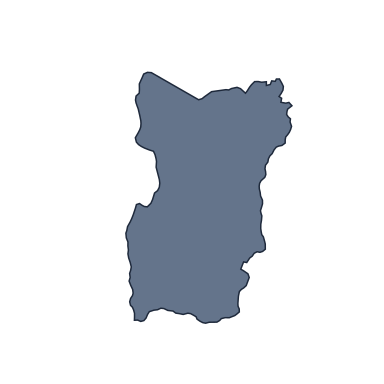 Colina, São Paulo, Brazil, rotated 297°
{"feature_id": "56859067B82565562664373", "entity_name": "Colina", "entity_type": "district", "adm_level": 2, "iso_a3": "BRA", "parent_name": "Brazil", "parent_adm1": "São Paulo", "projection": "orthographic", "projection_center": [-48.594, -20.735], "detail": "fine", "context": "isolated", "style": "filled", "palette": "slate", "viewbox_px": 384, "rotation_deg": 297, "n_neighbors": 0, "source": "geoboundaries", "source_scale": "gbopen_adm2", "svg_char_len": 2634}
<svg xmlns="http://www.w3.org/2000/svg" viewBox="0 0 384 384"><g transform="rotate(297 192 192)"><path d="M51.6,198.9L53.2,201.7L53.4,205.1L55.6,207.5L58.8,208.3L62.7,208.0L66.0,208.3L69.4,211.7L71.5,214.8L74.3,217.0L75.4,219.9L75.5,224.2L77.3,229.1L76.7,232.5L77.9,236.0L78.9,239.7L82.1,243.3L83.0,246.0L82.9,249.3L82.7,252.3L81.0,254.2L80.5,257.9L80.5,261.0L81.3,263.7L83.8,266.5L86.0,270.7L87.4,273.3L90.1,275.0L92.5,275.6L95.1,278.6L96.9,282.3L99.3,284.4L101.3,286.2L103.5,287.3L106.6,288.6L109.2,287.2L111.1,284.9L113.5,283.5L117.3,281.9L120.4,280.6L124.8,279.4L127.6,280.2L130.0,281.6L133.2,282.8L137.5,282.3L141.8,281.8L144.5,279.0L145.2,273.8L145.4,270.5L153.1,269.7L154.0,272.8L159.4,273.4L162.2,274.8L165.6,275.2L168.3,277.1L169.1,279.9L171.1,281.9L174.3,283.3L178.9,280.9L181.0,279.1L184.4,276.0L185.7,273.5L188.0,271.7L190.7,269.8L194.6,267.9L198.2,266.8L202.4,265.1L204.3,263.2L206.4,261.5L210.4,260.8L213.5,260.2L216.7,258.5L219.6,254.9L222.6,252.9L225.3,250.6L227.7,249.2L230.4,248.3L233.4,248.4L238.1,250.2L241.0,249.9L243.6,248.3L245.8,246.5L249.2,245.3L253.1,246.0L256.4,245.0L259.6,245.0L262.5,246.0L266.8,246.0L270.2,246.7L272.2,248.3L274.3,251.0L277.9,252.8L280.9,251.3L283.6,250.5L286.5,251.2L289.4,251.6L292.3,251.5L295.7,250.9L298.9,247.6L301.9,246.5L302.6,243.6L304.1,241.1L306.8,240.1L309.3,239.6L314.2,241.9L315.8,237.7L313.7,235.2L312.3,230.5L316.2,229.3L316.6,226.2L320.2,226.7L324.1,226.8L327.5,225.5L329.6,222.8L332.4,218.6L331.0,215.9L328.4,215.9L327.2,212.6L323.3,212.9L320.7,209.9L324.0,208.2L321.4,204.2L320.5,200.9L318.8,197.7L314.6,196.3L311.4,195.7L306.9,195.3L304.3,194.8L306.1,188.3L305.7,184.6L302.1,180.2L299.6,178.4L298.6,175.8L290.3,163.9L282.4,159.8L279.7,158.6L277.2,156.0L279.9,101.6L278.4,98.0L275.2,95.4L270.9,95.7L268.2,95.8L264.4,96.0L259.3,98.7L256.1,100.1L252.1,98.6L248.3,99.9L246.0,101.7L243.6,104.2L241.7,106.3L236.6,110.6L232.2,114.1L229.8,115.5L226.7,116.8L223.8,117.2L220.4,117.2L214.6,116.9L211.2,119.8L210.0,122.8L209.6,126.1L209.6,129.8L210.1,135.0L210.8,139.2L208.5,142.1L205.2,145.0L203.1,146.5L197.8,148.8L188.2,157.3L185.2,159.3L181.4,160.7L177.6,160.7L174.1,159.1L167.3,160.3L163.3,160.5L158.5,158.9L157.4,156.0L157.5,153.1L157.9,150.5L155.6,148.2L151.6,149.0L144.9,150.0L140.6,150.4L137.3,150.5L131.9,150.3L128.1,151.4L125.3,151.8L121.3,154.3L118.4,157.6L114.8,159.4L111.4,161.7L107.8,163.0L104.5,165.5L101.2,168.9L97.7,171.9L94.4,172.9L91.1,173.4L87.8,175.7L84.1,176.4L81.0,179.8L78.2,183.4L75.1,185.5L72.6,186.0L69.3,185.6L65.9,186.3L63.1,188.7L62.3,191.2L60.4,193.5L57.9,195.8L54.8,197.4L51.6,198.9Z" fill="#64748b" stroke="#1e293b" stroke-width="1.5"/></g></svg>